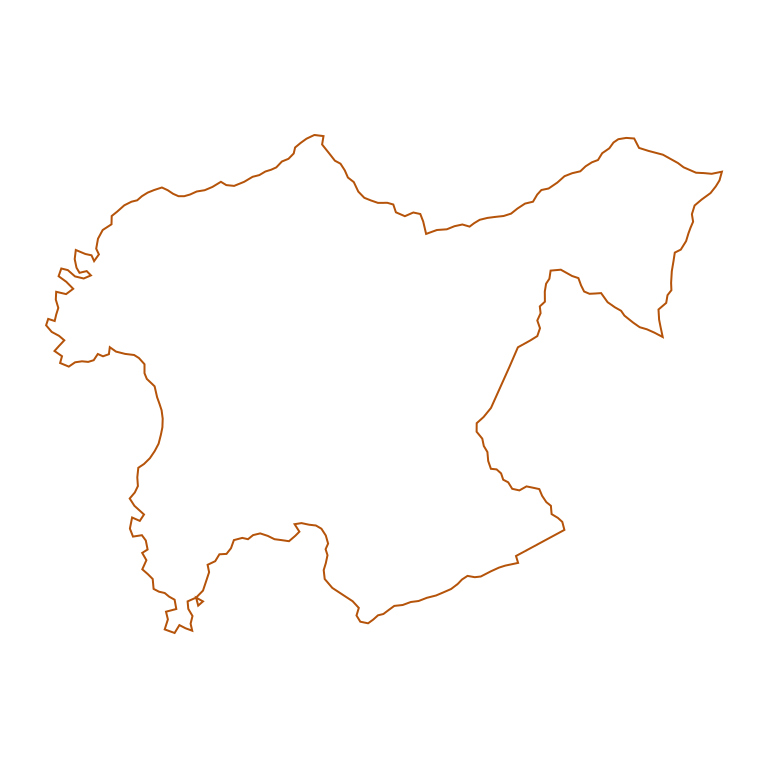 Campo Erê, Santa Catarina, Brazil (orthographic projection)
{"feature_id": "56859067B34137099014381", "entity_name": "Campo Erê", "entity_type": "district", "adm_level": 2, "iso_a3": "BRA", "parent_name": "Brazil", "parent_adm1": "Santa Catarina", "projection": "orthographic", "projection_center": [-53.133, -26.462], "detail": "fine", "context": "isolated", "style": "outline", "palette": "amber", "viewbox_px": 768, "rotation_deg": 0, "n_neighbors": 0, "source": "geoboundaries", "source_scale": "gbopen_adm2", "svg_char_len": 4120}
<svg xmlns="http://www.w3.org/2000/svg" viewBox="0 0 768 768"><path d="M295.1,147.5L293.7,153.5L288.5,158.8L281.9,161.5L276.3,167.4L271.2,169.7L265.4,171.5L259.3,175.1L252.6,176.8L244.2,181.8L234.1,185.9L226.3,185.1L220.9,181.8L212.5,186.9L204.7,190.2L196.7,191.5L190.1,194.5L184.2,196.2L178.5,196.2L173.1,193.8L167.7,190.2L161.9,187.5L154.2,190.0L147.7,192.6L141.9,196.2L137.2,200.3L131.5,201.7L124.3,205.3L117.1,211.7L111.7,216.0L111.5,224.3L102.7,230.0L98.0,238.7L96.2,248.7L98.9,254.4L94.1,261.1L91.5,255.3L85.4,254.0L75.8,250.0L74.7,259.1L76.5,267.7L79.5,272.8L86.7,271.1L90.9,275.4L83.7,278.5L75.0,276.4L67.8,270.1L61.3,268.5L58.6,276.2L66.3,281.8L73.2,288.8L66.1,294.1L56.2,291.8L55.8,299.6L58.3,307.9L56.2,314.6L54.7,321.0L48.2,318.9L46.1,325.3L51.7,331.9L59.1,335.9L64.3,340.3L58.7,346.3L54.5,351.0L62.0,356.2L60.1,363.0L68.8,366.6L75.1,362.3L82.0,361.3L88.2,361.9L93.7,360.2L97.8,354.0L103.0,356.3L108.9,354.2L109.8,347.2L116.0,351.6L125.1,353.9L134.1,355.0L138.9,358.0L144.5,364.2L144.5,373.2L146.8,378.9L154.6,386.3L157.1,397.2L159.4,403.6L161.6,410.3L162.7,418.7L162.4,427.3L160.9,434.7L158.6,443.7L154.7,451.1L149.9,458.2L144.0,464.0L138.3,467.8L137.3,477.4L137.9,486.1L134.8,492.5L129.7,498.5L134.4,505.8L138.6,509.6L144.0,514.5L139.8,520.9L132.1,517.5L129.9,528.6L133.0,536.6L141.9,535.2L145.8,540.5L147.6,549.5L142.2,552.9L146.4,560.2L142.3,569.3L147.9,574.2L152.7,579.0L153.6,588.9L159.0,591.7L164.7,593.0L169.2,596.7L174.6,599.7L176.3,609.0L166.0,611.7L167.9,619.4L164.7,629.4L174.6,633.0L179.4,625.1L185.6,628.3L192.2,630.7L190.6,623.7L192.5,616.0L188.3,608.9L187.6,601.4L196.1,597.6L203.0,590.6L206.2,581.0L209.1,572.2L207.6,564.8L215.2,561.2L219.4,554.3L226.5,553.9L231.0,548.2L233.9,540.1L242.3,537.9L248.0,539.2L253.1,535.1L260.2,533.4L267.8,535.9L274.5,539.2L281.5,540.1L289.0,541.2L295.3,535.8L299.4,531.7L294.6,524.2L301.5,523.1L309.0,524.7L315.9,525.5L321.4,528.7L325.8,535.5L328.1,543.6L325.6,549.2L327.5,555.2L325.8,563.2L323.7,570.1L324.7,579.0L332.3,587.9L345.1,596.3L352.6,601.2L358.8,607.9L356.5,615.5L360.3,621.7L368.1,623.3L373.2,619.6L378.0,615.3L383.4,614.0L388.4,610.2L394.3,605.9L402.7,605.0L410.8,602.0L418.6,601.0L426.9,597.8L436.0,595.5L443.1,592.5L451.1,589.0L457.8,583.9L462.0,579.5L467.5,575.9L474.8,577.2L480.8,576.5L490.9,571.3L499.0,567.6L505.3,565.6L511.5,564.3L518.1,562.9L516.0,556.0L564.4,529.9L562.3,521.9L557.9,517.9L551.6,514.1L550.9,505.8L546.3,502.1L542.1,495.8L539.3,489.1L533.4,487.8L526.5,486.4L519.4,490.4L512.2,488.8L508.2,482.3L503.2,479.7L501.1,473.4L496.6,469.4L490.9,468.8L488.2,461.0L487.4,452.0L483.8,446.0L482.3,438.7L476.6,431.7L476.7,423.2L483.6,417.0L491.0,407.9L509.6,366.5L517.9,347.3L530.2,340.5L537.3,336.1L540.0,328.2L537.3,320.5L540.6,313.2L539.8,306.4L544.9,301.7L544.8,291.5L546.1,283.7L549.4,278.7L550.6,270.6L560.8,269.7L566.2,272.7L572.1,276.0L578.4,278.1L581.1,285.5L584.1,291.5L589.5,293.8L595.4,293.5L601.1,293.1L607.6,302.2L614.9,307.3L621.1,310.8L624.4,315.6L633.0,322.5L639.7,327.2L646.9,329.3L654.3,332.6L662.7,337.0L660.6,327.2L659.1,319.6L658.5,309.5L666.2,302.9L667.5,295.2L671.4,290.2L671.1,282.9L671.8,271.2L673.5,261.1L674.8,252.6L680.8,249.6L686.1,241.1L688.5,233.2L690.6,227.5L693.1,221.7L691.9,214.2L694.6,205.5L701.7,199.5L710.5,193.1L715.8,186.4L719.5,180.4L721.9,171.7L711.7,173.8L704.0,173.1L696.0,172.7L683.6,167.3L677.9,163.0L662.9,154.7L648.5,150.9L639.0,147.9L634.2,138.5L626.3,137.9L618.3,139.2L613.5,142.5L609.3,148.3L602.2,153.2L598.0,160.0L591.9,162.3L585.6,166.3L580.3,171.3L572.2,173.2L564.5,176.2L557.3,182.6L548.6,188.5L541.4,190.0L537.2,194.6L533.0,201.7L525.0,203.6L517.5,208.5L511.1,213.6L503.6,216.0L495.3,216.9L487.5,217.9L479.7,219.8L474.1,223.2L469.6,226.6L462.4,224.5L454.5,226.2L446.8,229.3L436.9,230.0L426.1,233.9L423.2,221.5L420.3,214.0L413.3,212.5L404.9,216.2L395.9,212.3L393.3,204.5L387.3,202.8L378.0,202.9L370.8,200.4L364.3,197.8L358.3,191.6L353.8,182.1L347.9,177.5L344.8,170.4L340.5,163.7L334.9,160.7L329.2,153.4L322.1,144.5L323.5,136.1L314.3,135.0L306.5,138.7L300.8,142.8L295.1,147.5ZM196.1,597.6L198.2,605.6L203.0,601.4L196.1,597.6Z" fill="none" stroke="#b45309" stroke-width="2"/></svg>